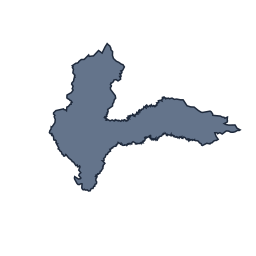 Babahoyo, Los Rios, Ecuador, rotated 313°
{"feature_id": "8360857B44096543508351", "entity_name": "Babahoyo", "entity_type": "district", "adm_level": 2, "iso_a3": "ECU", "parent_name": "Ecuador", "parent_adm1": "Los Rios", "projection": "orthographic", "projection_center": [-79.421, -1.876], "detail": "fine", "context": "isolated", "style": "filled", "palette": "slate", "viewbox_px": 256, "rotation_deg": 313, "n_neighbors": 0, "source": "geoboundaries", "source_scale": "gbopen_adm2", "svg_char_len": 5892}
<svg xmlns="http://www.w3.org/2000/svg" viewBox="0 0 256 256"><g transform="rotate(313 128 128)"><path d="M124.4,147.0L125.8,147.4L125.6,148.1L126.4,147.7L126.5,148.4L127.1,148.2L127.5,148.9L127.7,148.3L129.0,148.6L128.9,148.1L130.4,148.7L131.8,148.0L132.2,147.2L132.5,147.8L133.2,147.1L133.5,148.2L134.1,147.9L134.4,148.6L137.3,149.2L137.3,149.8L137.8,149.8L137.6,150.2L136.0,150.3L136.3,150.9L135.6,151.4L136.4,152.2L135.8,152.6L136.5,153.0L135.8,153.6L136.5,153.9L136.5,154.5L137.2,154.3L137.6,155.2L137.9,154.6L138.3,155.2L139.2,155.2L138.5,155.6L138.9,156.0L138.5,156.7L139.1,156.6L139.2,157.6L140.9,157.0L141.0,156.6L141.9,157.2L143.0,156.7L145.0,158.0L147.1,157.6L147.4,158.2L148.2,157.7L148.4,158.4L149.2,159.0L149.6,158.7L149.5,160.3L149.0,161.0L150.0,161.2L149.6,161.8L150.3,161.8L151.8,164.1L152.8,163.8L152.4,164.3L152.8,164.8L152.0,165.1L153.4,166.1L153.7,167.1L153.0,167.4L153.9,169.2L154.7,169.4L154.6,170.1L155.1,170.4L154.8,171.1L156.1,171.6L155.7,172.3L157.2,172.1L157.3,173.0L156.7,173.3L158.1,173.3L157.5,173.9L158.1,174.3L157.5,174.8L157.8,175.2L158.2,174.8L159.5,175.0L159.9,176.8L159.4,178.6L160.3,179.2L160.1,180.4L160.9,179.6L161.1,180.8L160.7,181.6L161.4,181.8L161.8,180.9L162.2,182.1L163.2,182.7L162.8,183.5L164.9,184.5L164.4,185.0L164.9,186.2L165.9,187.2L166.3,188.6L165.9,190.3L166.4,192.2L165.7,193.5L166.0,194.4L170.5,196.0L172.2,198.7L172.5,198.4L174.7,199.6L176.8,199.6L178.3,200.2L179.1,201.1L181.2,201.7L181.9,198.3L183.7,194.7L184.9,195.9L185.2,196.6L184.9,197.4L187.2,198.3L187.8,201.0L192.9,201.9L194.4,203.8L195.0,206.0L196.5,207.7L198.1,208.8L200.8,209.7L202.0,211.0L203.1,211.3L202.2,207.9L203.2,204.2L198.8,199.7L197.3,197.2L196.8,195.3L199.9,196.5L201.1,195.9L201.4,195.2L203.8,193.3L201.2,192.2L201.3,190.8L200.4,189.8L199.7,187.4L195.1,181.4L196.0,180.3L196.6,177.7L196.3,176.5L190.3,172.0L189.4,170.7L188.7,167.1L188.4,162.1L186.2,159.5L184.5,156.0L186.2,149.1L184.5,147.3L182.3,143.8L180.5,142.3L179.9,139.8L177.6,138.3L177.5,137.3L176.6,136.8L176.4,136.2L175.1,135.7L175.5,135.0L175.1,134.7L175.3,133.2L174.1,132.5L174.1,133.2L173.6,132.8L173.1,133.5L172.3,133.2L171.7,133.7L171.0,133.3L170.8,134.0L170.3,132.7L168.6,131.6L167.6,133.0L166.0,131.9L165.8,132.8L164.6,132.8L164.4,133.5L162.2,133.2L162.6,132.5L161.7,132.3L161.8,131.4L160.4,131.0L160.9,129.2L159.4,129.5L159.8,128.9L159.4,128.6L157.0,128.2L157.6,126.0L156.3,125.8L155.0,127.5L154.5,125.1L152.3,126.1L151.0,125.2L150.0,125.6L149.5,124.8L148.5,125.3L149.1,124.1L148.3,123.9L147.2,124.5L146.6,125.5L145.4,123.7L144.7,124.3L144.8,125.5L143.0,124.0L141.2,125.2L140.7,124.1L141.5,123.1L141.3,122.0L140.3,122.7L139.0,121.3L138.0,121.9L137.7,119.9L137.4,121.8L136.6,121.4L136.6,120.2L136.1,120.5L135.8,122.0L135.3,120.7L134.8,120.4L134.4,121.2L134.9,122.5L133.1,122.7L132.7,121.9L131.7,121.9L131.9,120.0L131.2,119.5L130.2,119.9L129.6,118.1L128.0,118.2L127.4,116.0L126.5,116.0L126.1,114.3L125.3,114.0L125.4,113.0L123.7,113.1L123.1,110.9L121.0,110.0L120.4,107.5L119.1,107.1L118.8,106.5L120.2,106.4L119.9,105.4L120.5,104.9L119.7,104.4L119.5,103.6L120.4,103.4L120.5,104.3L121.4,104.1L122.2,104.5L122.5,103.6L123.4,103.5L123.4,103.0L124.6,103.2L125.2,102.2L126.1,102.5L126.7,102.0L127.7,100.5L133.5,101.7L135.5,100.1L136.7,100.2L139.3,98.7L141.4,98.7L143.0,96.5L144.3,88.9L145.7,87.4L146.8,87.5L147.6,87.0L147.8,85.5L149.3,84.9L149.6,85.4L151.9,85.7L153.6,85.0L155.3,86.3L155.6,88.6L158.7,89.3L159.7,88.0L160.4,87.8L159.8,87.0L160.0,86.6L161.2,87.5L162.0,86.5L162.2,85.3L161.6,84.5L163.7,85.9L164.9,85.4L164.9,83.9L166.6,84.7L170.2,83.7L170.9,81.1L170.2,79.8L169.7,76.3L168.9,74.1L168.9,70.0L170.5,67.1L173.4,64.6L173.6,62.1L174.7,61.0L175.7,58.3L175.4,57.7L175.5,55.2L171.4,56.0L165.1,58.0L164.6,53.6L157.2,53.6L153.9,50.8L154.6,49.4L148.3,49.2L146.2,47.1L143.1,46.7L142.1,47.0L140.8,46.6L139.8,45.7L135.4,44.7L135.3,46.1L134.2,46.2L133.8,48.0L130.7,50.1L130.4,53.2L129.4,53.4L129.0,54.6L128.0,54.4L125.1,56.2L122.8,56.2L121.6,56.9L121.4,59.1L121.2,58.5L120.9,59.5L118.6,60.4L118.7,61.3L118.0,62.1L115.2,62.4L110.5,60.9L108.5,62.6L108.2,63.2L108.8,65.7L108.6,67.1L109.1,67.6L108.7,69.5L107.5,69.1L106.6,70.2L105.8,69.5L103.1,69.7L101.6,69.0L98.7,71.2L98.7,70.1L97.8,68.5L98.0,67.8L91.6,63.4L88.4,63.2L87.4,64.0L87.4,65.9L85.9,66.3L84.7,68.9L82.1,70.9L77.2,71.7L76.6,71.5L76.5,71.0L74.6,72.5L72.7,72.7L71.0,73.7L70.9,75.0L72.0,76.1L71.6,76.7L71.2,76.5L70.7,77.0L70.6,77.6L71.3,78.0L70.7,79.6L68.7,81.8L68.8,82.4L69.6,82.9L69.6,84.3L68.6,84.9L68.6,85.4L68.1,85.4L67.8,86.5L68.1,87.0L67.6,86.9L66.3,90.8L65.1,91.1L65.4,92.5L64.8,93.8L65.1,95.4L63.9,97.7L64.3,98.6L63.6,100.0L64.2,100.8L65.2,100.9L66.1,100.4L66.3,100.8L65.6,105.0L65.9,108.8L65.4,110.1L66.0,111.4L65.0,115.5L66.3,116.2L65.2,117.6L66.2,118.5L67.2,118.4L67.2,118.9L66.7,119.5L63.6,120.7L63.1,124.0L61.0,123.8L59.7,124.5L59.3,127.7L58.5,127.8L56.9,126.6L56.1,122.2L55.0,122.8L54.3,123.7L52.7,128.4L52.6,129.9L53.3,130.9L55.2,131.6L55.8,132.5L52.6,135.1L52.2,136.4L52.2,137.4L53.4,137.9L53.4,139.0L55.0,140.6L55.0,142.1L56.4,143.2L57.8,142.5L59.0,142.7L59.9,143.6L61.9,142.7L62.7,143.4L64.3,142.3L65.7,142.9L67.2,141.9L67.7,140.2L69.1,139.1L70.5,138.9L70.5,137.4L71.5,138.1L71.7,136.8L72.8,137.5L73.7,137.1L74.0,137.8L74.8,137.7L75.6,138.3L77.4,137.3L78.2,137.8L80.1,137.2L81.1,137.3L81.9,136.8L82.2,136.0L83.3,135.9L83.7,135.3L86.4,135.2L86.6,131.7L87.4,132.6L88.3,132.4L89.1,131.0L91.0,131.2L93.7,130.0L94.7,130.9L96.6,130.2L99.2,130.9L100.0,129.3L100.6,129.9L101.9,129.7L102.7,130.2L102.8,129.9L105.1,130.4L106.3,131.5L107.4,131.6L107.9,130.8L109.4,131.3L110.7,130.6L111.1,132.8L112.0,133.2L111.2,133.8L112.1,134.5L111.5,135.0L111.8,136.1L113.0,137.2L113.5,137.1L114.3,138.5L115.3,138.5L114.9,139.0L116.3,138.9L116.5,139.4L117.2,139.1L117.8,139.7L117.6,140.4L118.2,140.2L118.8,141.6L120.1,140.8L121.5,141.1L122.1,143.9L121.5,144.4L122.3,145.3L122.7,145.0L124.4,147.0Z" fill="#64748b" stroke="#1e293b" stroke-width="1.5"/></g></svg>